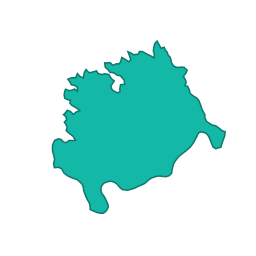 Santa Maria da Serra, São Paulo, Brazil, rotated 318°
{"feature_id": "56859067B48466471181583", "entity_name": "Santa Maria da Serra", "entity_type": "district", "adm_level": 2, "iso_a3": "BRA", "parent_name": "Brazil", "parent_adm1": "São Paulo", "projection": "mercator", "projection_center": [-48.153, -22.565], "detail": "fine", "context": "isolated", "style": "filled", "palette": "teal", "viewbox_px": 256, "rotation_deg": 318, "n_neighbors": 0, "source": "geoboundaries", "source_scale": "gbopen_adm2", "svg_char_len": 2643}
<svg xmlns="http://www.w3.org/2000/svg" viewBox="0 0 256 256"><g transform="rotate(318 128 128)"><path d="M184.0,204.5L189.2,201.4L194.3,198.7L197.7,195.9L196.1,192.8L195.5,188.6L194.6,184.9L192.5,182.0L190.8,175.8L192.1,171.3L194.0,169.8L194.7,166.6L195.4,163.9L196.9,160.6L199.0,155.2L199.1,151.5L197.9,147.7L197.3,143.8L199.1,140.6L200.2,136.8L198.7,134.7L201.8,133.0L202.9,130.7L203.7,126.7L208.0,125.9L210.7,124.6L210.2,120.2L207.5,117.8L205.1,116.0L203.5,113.0L203.8,108.9L205.6,105.9L206.7,103.5L206.6,100.5L207.8,98.1L207.9,95.4L208.9,92.1L205.9,90.9L206.9,86.6L207.7,82.8L204.5,83.2L201.0,85.4L198.3,87.8L197.0,90.7L194.3,93.5L193.3,90.0L191.8,86.5L190.8,83.4L189.7,80.6L187.7,78.8L185.0,80.1L182.7,78.4L181.0,76.8L180.3,74.1L179.0,71.3L177.6,74.9L175.7,79.3L172.8,79.1L172.0,75.5L170.6,71.4L167.1,73.7L164.4,74.5L162.3,72.5L158.6,71.2L158.5,67.4L156.3,65.9L154.2,64.0L151.7,67.8L152.2,71.4L151.9,74.6L154.5,77.7L155.3,81.6L157.3,84.1L157.2,89.8L154.8,93.3L151.5,90.8L148.1,93.4L146.4,95.7L143.8,94.9L142.6,92.3L141.8,88.8L143.2,85.4L146.4,84.5L149.3,83.8L148.7,80.1L149.6,75.6L147.3,72.4L144.2,70.7L142.2,67.4L142.8,64.4L139.2,62.8L136.0,60.8L136.0,56.5L133.2,57.2L131.1,58.7L128.4,60.9L126.8,57.6L126.8,53.7L122.9,55.6L119.3,52.7L115.9,51.5L115.7,54.6L114.8,57.9L117.1,61.2L117.5,64.0L114.8,66.9L114.4,63.3L111.6,62.4L109.3,60.9L107.5,57.4L105.3,58.6L102.7,60.6L100.9,63.7L102.3,66.9L103.8,68.9L101.4,70.6L101.5,74.0L102.5,76.9L103.3,79.6L103.8,82.8L99.8,81.3L96.6,81.5L96.2,76.8L94.6,74.1L92.1,74.8L89.0,74.9L89.4,78.1L87.9,80.8L84.6,81.0L84.1,84.6L83.0,87.1L80.3,88.5L80.7,92.7L81.6,97.0L80.9,101.9L78.6,100.5L76.0,97.9L72.5,97.6L70.6,95.4L70.7,91.9L69.0,89.4L65.2,88.1L62.9,89.1L60.3,90.4L56.5,94.6L54.8,98.1L52.5,102.2L49.0,104.5L46.7,108.2L50.1,110.8L51.4,113.9L50.3,118.5L51.0,122.6L52.3,126.1L54.1,129.5L55.8,132.5L56.2,136.5L56.2,139.6L54.8,142.7L53.0,145.1L50.9,150.6L49.8,154.2L49.1,157.8L47.3,161.1L45.3,163.2L48.2,169.7L50.7,173.2L52.6,174.8L55.0,175.2L57.3,174.8L60.2,173.7L61.8,171.8L62.7,169.2L63.5,166.8L64.5,162.9L64.8,158.9L66.0,156.5L68.2,154.1L71.0,153.0L73.6,153.0L77.0,154.3L80.0,156.4L81.8,159.8L82.3,162.6L82.2,167.6L82.8,170.4L86.2,174.0L89.0,175.5L92.1,176.9L94.8,177.7L103.3,180.4L108.5,180.4L111.2,180.7L113.6,181.5L117.0,183.1L119.0,184.5L123.6,189.6L126.8,191.0L130.2,190.8L132.6,188.7L136.0,186.3L138.4,184.9L141.3,184.1L146.7,183.1L150.6,183.4L152.9,183.5L156.6,183.8L161.3,183.9L166.2,182.9L168.7,182.1L173.1,180.5L177.2,178.8L180.0,180.0L182.3,183.7L182.6,186.4L182.0,189.4L180.9,192.3L178.5,199.0L179.4,202.2L181.8,203.1L184.0,204.5Z" fill="#14b8a6" stroke="#0f766e" stroke-width="1.5"/></g></svg>